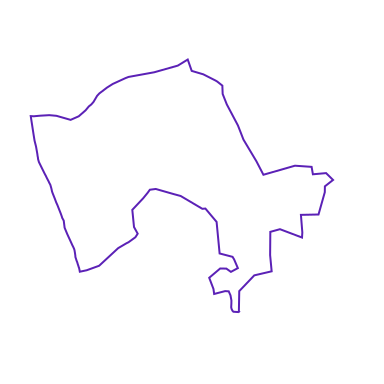 the district of Yankwashi, Jigawa, Nigeria, rotated 344°
{"feature_id": "59680162B90957738044815", "entity_name": "Yankwashi", "entity_type": "district", "adm_level": 2, "iso_a3": "NGA", "parent_name": "Nigeria", "parent_adm1": "Jigawa", "projection": "equal_earth", "projection_center": [8.483, 12.74], "detail": "fine", "context": "isolated", "style": "outline", "palette": "violet", "viewbox_px": 384, "rotation_deg": 344, "n_neighbors": 0, "source": "geoboundaries", "source_scale": "gbopen_adm2", "svg_char_len": 1769}
<svg xmlns="http://www.w3.org/2000/svg" viewBox="0 0 384 384"><g transform="rotate(344 192 192)"><path d="M57.9,74.6L55.6,92.7L54.8,99.3L54.6,105.3L54.1,110.1L53.8,112.9L53.5,114.8L53.4,116.3L53.1,118.0L53.1,120.1L53.1,121.0L54.3,127.7L55.4,133.7L55.8,135.6L55.9,135.8L56.0,136.6L56.1,137.2L56.4,138.9L57.1,142.3L57.3,143.7L57.8,146.0L57.8,149.6L57.7,151.5L57.6,152.8L57.7,154.7L58.3,160.7L58.6,164.6L59.0,167.3L59.9,176.6L60.1,179.7L60.1,181.1L60.8,184.2L59.7,191.2L60.5,198.2L61.6,205.3L62.4,210.7L62.6,211.5L63.0,214.3L63.0,215.6L62.7,218.3L62.3,221.1L62.0,222.4L62.1,224.8L62.1,226.2L62.2,226.9L62.3,227.8L62.3,228.4L62.3,229.7L62.4,231.9L62.4,233.0L62.5,233.7L62.4,235.6L62.2,237.7L69.2,238.2L82.4,237.3L105.6,225.6L114.9,223.2L117.1,222.8L125.1,219.9L128.3,217.1L126.6,209.7L129.7,192.7L143.3,184.6L149.2,180.5L152.1,178.2L158.0,179.1L174.2,189.2L180.0,192.7L197.3,211.0L200.3,211.6L207.4,227.5L201.6,258.7L213.1,265.5L213.9,268.4L215.1,277.8L207.4,279.5L203.9,275.1L198.0,273.3L184.9,279.2L185.9,291.1L185.2,296.1L196.5,296.4L199.9,297.6L200.5,302.0L200.0,307.1L199.1,310.1L197.9,313.6L197.8,315.3L198.2,317.4L198.8,318.5L204.0,320.4L203.9,320.5L210.1,300.3L228.9,289.3L246.7,290.2L249.7,274.2L256.3,251.9L266.3,252.0L285.2,266.1L286.9,261.3L290.4,244.0L307.4,248.5L319.6,228.8L321.3,223.2L330.9,219.3L326.1,210.8L313.1,208.3L313.9,200.8L298.2,195.1L265.4,195.1L262.4,180.3L255.9,155.8L255.2,148.1L254.5,140.7L249.6,117.4L248.5,106.2L250.5,98.1L246.7,92.8L245.4,91.4L235.3,82.0L225.1,75.5L224.4,63.5L213.2,66.6L188.7,66.5L162.7,63.9L159.4,64.2L145.6,66.3L139.1,68.2L130.1,71.7L127.3,73.4L122.1,78.3L119.3,80.1L116.4,81.3L112.3,84.1L104.0,88.0L95.2,89.2L82.7,81.4L76.0,78.8L67.1,76.8L60.8,75.6L57.9,74.6Z" fill="none" stroke="#5b21b6" stroke-width="2"/></g></svg>